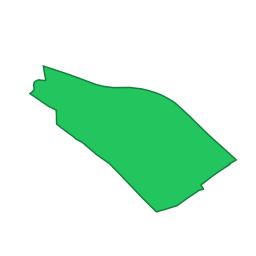 outline of Jaunjelgava, Jaunjelgavas, Latvia, rotated 38°
{"feature_id": "27541924B26056136094226", "entity_name": "Jaunjelgava", "entity_type": "district", "adm_level": 2, "iso_a3": "LVA", "parent_name": "Latvia", "parent_adm1": "Jaunjelgavas", "projection": "robinson", "projection_center": [25.08, 56.612], "detail": "fine", "context": "isolated", "style": "filled", "palette": "green", "viewbox_px": 256, "rotation_deg": 38, "n_neighbors": 0, "source": "geoboundaries", "source_scale": "gbopen_adm2", "svg_char_len": 1562}
<svg xmlns="http://www.w3.org/2000/svg" viewBox="0 0 256 256"><g transform="rotate(38 128 128)"><path d="M232.9,86.5L216.7,85.3L195.4,83.8L183.7,82.5L175.9,81.6L169.4,80.8L162.9,80.3L157.6,79.8L149.9,79.3L147.0,79.4L142.6,80.0L134.5,81.3L127.6,83.4L120.6,86.1L114.5,88.9L104.1,95.2L99.0,99.3L91.6,105.2L83.0,110.3L76.6,113.2L73.6,114.2L61.6,118.0L48.5,122.2L23.1,131.3L31.2,138.7L32.7,139.8L33.0,140.2L33.8,141.0L33.7,141.2L33.5,141.3L31.7,142.9L28.7,144.6L28.4,144.7L26.9,146.5L26.1,148.6L26.1,149.7L26.2,150.1L26.4,150.8L26.9,151.9L27.3,152.5L28.2,153.1L28.7,153.6L29.7,154.7L30.2,155.5L30.5,156.0L30.3,158.1L30.3,159.1L29.4,161.0L29.5,161.3L30.0,161.3L45.8,160.2L48.2,160.1L52.3,159.8L60.8,158.1L61.0,158.9L61.4,159.3L63.8,162.0L69.3,168.9L74.0,168.8L74.8,169.0L77.1,168.9L89.8,168.5L91.7,168.5L93.6,168.8L100.8,167.5L115.2,168.1L119.5,168.3L125.0,168.1L126.4,168.0L129.6,167.8L131.9,167.6L135.9,167.5L136.7,167.8L137.3,167.8L150.8,169.6L158.0,170.7L176.4,173.4L181.1,174.1L181.3,174.1L181.6,174.2L190.0,175.2L192.3,175.5L193.1,175.6L193.9,175.7L194.1,175.7L194.6,175.8L194.8,175.8L202.0,176.6L202.6,175.8L202.8,175.5L205.8,171.2L207.2,169.6L207.4,169.4L208.3,167.9L211.3,163.5L214.5,159.1L215.7,154.6L215.8,154.3L217.8,147.6L218.3,145.9L219.0,143.8L219.1,143.6L222.4,133.3L225.1,129.9L224.7,129.5L220.5,128.0L222.1,122.4L222.1,122.2L222.7,119.6L223.6,116.1L223.7,115.4L223.8,115.1L225.5,109.4L225.6,109.1L226.4,106.7L228.9,99.0L230.6,94.3L230.0,94.3L230.4,93.2L230.4,92.9L232.7,87.0L232.9,86.5Z" fill="#22c55e" stroke="#15803d" stroke-width="1.5"/></g></svg>